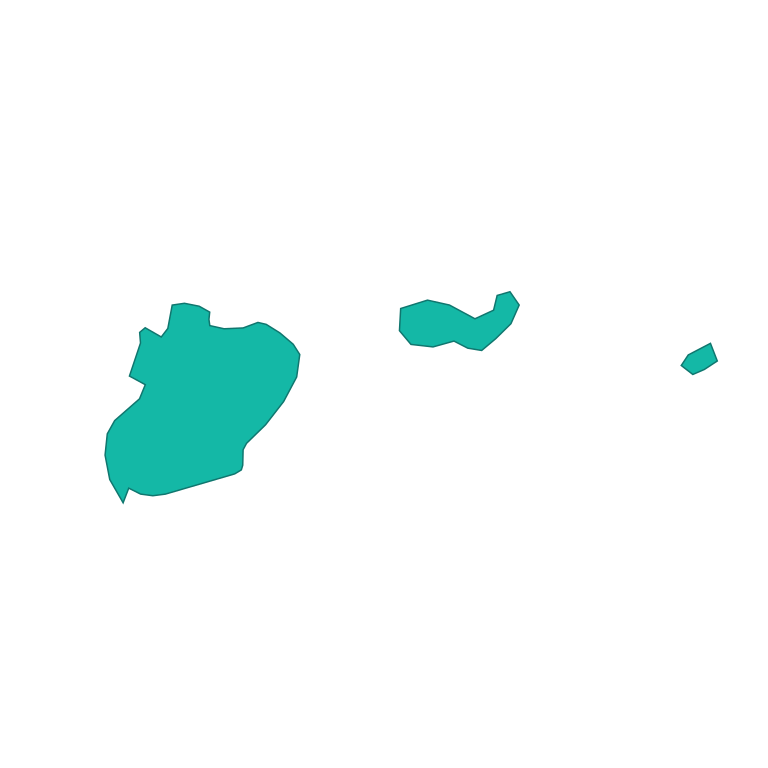 outline of São Vicente, rotated 320°
{"feature_id": "CPV-5059", "entity_name": "São Vicente", "entity_type": "state/province", "adm_level": 1, "iso_a3": "CPV", "parent_name": "Cabo Verde", "parent_adm1": "", "projection": "natural_earth1", "projection_center": [-24.866, 16.764], "detail": "fine", "context": "isolated", "style": "filled", "palette": "teal", "viewbox_px": 768, "rotation_deg": 320, "n_neighbors": 0, "source": "natural_earth", "source_scale": "10m", "svg_char_len": 929}
<svg xmlns="http://www.w3.org/2000/svg" viewBox="0 0 768 768"><g transform="rotate(320 384 384)"><path d="M291.4,222.0L288.1,227.3L297.0,238.9L312.1,250.5L327.0,255.8L332.1,262.6L337.1,278.0L340.0,295.2L338.4,307.3L321.6,322.5L295.9,332.9L267.1,339.1L240.5,341.1L233.8,343.8L223.6,355.4L219.5,358.1L211.9,356.9L145.7,327.8L135.1,321.0L126.8,311.9L121.5,299.7L107.8,307.3L112.5,280.9L124.6,259.2L140.0,244.3L154.2,238.9L187.2,238.2L200.7,231.1L194.1,214.3L223.8,196.1L230.0,187.4L237.2,187.4L243.6,204.8L254.1,202.5L272.5,187.4L283.0,193.9L292.4,205.6L296.7,216.9L291.4,222.0ZM445.3,336.9L471.2,347.7L484.9,365.6L495.6,392.5L515.4,397.9L527.6,388.9L539.8,394.3L538.3,410.4L520.0,419.4L498.7,421.1L480.4,421.1L471.2,410.4L465.2,396.1L445.4,387.1L430.1,371.0L430.1,353.1L445.3,336.9ZM635.8,557.3L660.2,562.7L654.1,580.6L638.8,578.8L626.7,575.2L623.6,560.9L635.8,557.3Z" fill="#14b8a6" stroke="#0f766e" stroke-width="1.5"/></g></svg>